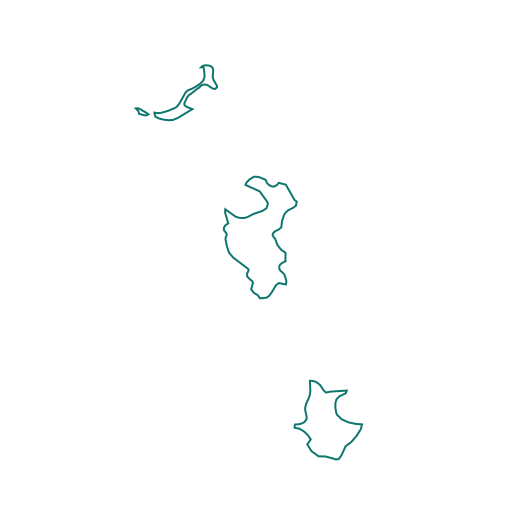 an SVG outline of Îles Loyauté, rotated 31°
{"feature_id": "NCL-1258", "entity_name": "Îles Loyauté", "entity_type": "Province", "adm_level": 1, "iso_a3": "NCL", "parent_name": "New Caledonia", "parent_adm1": "", "projection": "mercator", "projection_center": [167.211, -21.021], "detail": "fine", "context": "isolated", "style": "outline", "palette": "teal", "viewbox_px": 512, "rotation_deg": 31, "n_neighbors": 0, "source": "natural_earth", "source_scale": "10m", "svg_char_len": 2694}
<svg xmlns="http://www.w3.org/2000/svg" viewBox="0 0 512 512"><g transform="rotate(31 256 256)"><path d="M289.6,257.2L292.2,259.2L295.2,262.2L296.3,265.0L289.5,267.5L288.2,270.6L288.2,279.0L287.8,283.4L286.5,286.2L284.3,288.1L281.2,290.2L277.7,288.7L273.1,288.7L269.0,287.0L267.2,280.5L265.7,279.5L262.3,279.0L259.0,278.1L257.5,276.0L257.1,272.3L256.0,271.1L237.3,269.1L231.2,267.1L225.9,262.5L221.1,257.2L220.5,255.7L220.2,253.7L219.4,252.0L215.1,250.3L213.9,248.1L214.0,245.2L215.4,242.3L207.2,234.8L205.6,231.8L218.2,232.8L222.3,231.8L226.2,229.6L228.6,227.1L232.2,221.2L238.4,213.9L240.4,209.6L239.2,204.8L236.7,203.3L225.9,198.7L210.4,200.5L210.0,198.3L211.0,193.7L213.4,189.1L217.5,186.9L224.5,185.8L225.9,186.2L227.3,187.5L228.8,188.1L230.6,188.4L232.9,188.4L234.9,187.8L236.5,186.1L237.5,183.9L237.8,181.6L244.8,179.5L260.1,188.1L262.9,188.4L264.3,192.3L262.7,196.1L260.2,199.9L258.9,204.0L259.0,206.6L260.2,212.3L262.9,218.3L262.1,221.0L259.4,225.4L258.9,228.0L259.5,229.6L261.1,230.5L263.1,231.2L265.1,232.5L267.2,234.4L269.0,235.7L274.2,237.6L276.6,237.9L278.6,237.8L280.1,238.4L281.2,240.8L281.9,241.9L283.1,244.1L284.1,245.1L281.8,248.9L281.1,251.0L281.2,252.8L282.9,255.3L285.1,256.2L287.4,256.5L289.6,257.2ZM433.6,345.7L435.0,350.3L434.9,358.2L433.4,366.7L430.8,372.8L431.9,382.9L431.5,387.5L428.9,389.4L426.4,389.9L418.7,392.1L412.8,395.5L404.1,394.7L397.0,391.1L397.4,385.0L393.1,383.0L387.7,381.7L382.2,381.6L377.7,383.4L377.2,382.8L376.8,382.0L376.5,381.3L376.3,380.3L378.5,378.8L381.0,376.6L383.0,373.6L383.4,369.8L382.4,368.0L377.8,363.0L376.3,360.8L375.1,356.9L374.5,351.1L373.7,347.3L372.1,343.7L366.5,335.2L369.4,333.7L372.1,333.1L374.7,333.2L377.7,333.7L382.9,336.2L386.2,337.1L389.7,333.9L403.1,324.6L403.6,327.5L399.8,333.3L398.8,337.5L399.8,341.2L402.2,345.2L405.0,348.5L407.1,350.3L413.5,351.8L420.8,351.0L427.9,348.6L433.6,345.7ZM127.3,125.6L129.5,127.3L134.7,130.1L135.7,131.6L134.8,134.0L132.6,134.8L126.5,134.5L123.9,135.2L122.0,137.0L120.9,139.2L120.5,141.3L119.9,141.9L116.8,150.2L115.5,152.7L115.3,156.1L116.0,162.2L117.2,163.7L119.9,163.8L125.8,162.9L117.9,177.9L114.6,182.3L111.4,184.5L106.9,186.6L102.0,188.1L98.0,188.4L96.4,186.9L95.1,185.4L98.3,184.1L101.1,182.0L106.2,176.5L109.6,171.8L111.2,169.1L111.8,165.2L111.4,151.9L112.5,148.8L114.9,145.7L117.4,141.4L119.5,136.9L120.5,132.9L119.6,128.8L115.7,123.3L113.9,121.4L113.0,121.7L111.8,122.5L112.3,120.6L114.5,118.5L117.5,117.0L120.5,116.5L122.9,117.8L124.5,120.3L125.7,123.1L127.3,125.6ZM83.9,189.9L85.6,189.7L90.8,189.9L89.7,191.9L87.7,192.9L82.5,194.4L81.4,193.2L80.4,192.4L79.0,191.9L77.0,191.4L78.5,190.3L80.2,189.9L81.9,189.7L83.9,189.9Z" fill="none" stroke="#0f766e" stroke-width="2"/></g></svg>